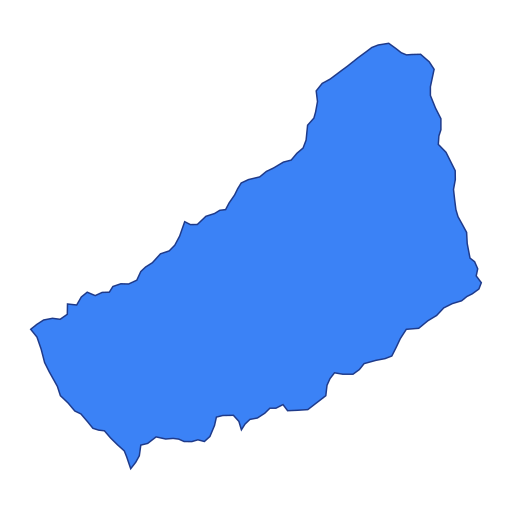 Cabrália Paulista, São Paulo, Brazil (Natural Earth projection)
{"feature_id": "56859067B34183018686620", "entity_name": "Cabrália Paulista", "entity_type": "district", "adm_level": 2, "iso_a3": "BRA", "parent_name": "Brazil", "parent_adm1": "São Paulo", "projection": "natural_earth1", "projection_center": [-49.379, -22.481], "detail": "fine", "context": "isolated", "style": "filled", "palette": "blue", "viewbox_px": 512, "rotation_deg": 0, "n_neighbors": 0, "source": "geoboundaries", "source_scale": "gbopen_adm2", "svg_char_len": 2010}
<svg xmlns="http://www.w3.org/2000/svg" viewBox="0 0 512 512"><path d="M481.3,282.7L476.2,275.9L477.7,268.8L474.6,261.7L470.0,258.1L467.2,243.5L466.6,232.4L462.4,224.6L458.0,216.7L455.9,209.6L454.6,199.3L453.5,189.4L455.3,179.6L455.2,170.7L450.2,160.7L446.0,152.3L438.3,144.4L438.9,135.9L440.9,129.8L440.9,118.7L435.5,108.1L430.4,95.5L430.4,86.7L434.1,69.3L429.2,61.8L420.6,54.3L412.0,54.5L406.5,54.9L401.2,52.7L395.6,48.3L388.7,43.3L378.2,45.0L371.8,47.5L365.6,52.2L358.1,57.7L347.3,66.3L341.7,70.4L330.1,79.1L322.2,83.4L316.2,90.9L317.5,101.6L315.6,112.0L313.9,118.1L307.6,125.2L306.1,140.1L303.1,148.0L296.9,153.3L291.2,160.1L283.4,162.1L273.5,168.0L266.4,171.4L259.7,176.9L248.4,179.6L241.2,183.0L237.7,188.7L234.6,195.0L229.2,202.8L225.6,209.6L219.8,210.3L214.6,213.5L205.9,216.3L197.3,224.5L190.4,224.6L184.7,221.7L182.3,228.5L179.7,236.0L174.8,245.2L169.2,250.9L160.5,253.8L152.4,262.7L145.6,267.0L140.8,271.5L136.8,280.2L128.6,284.0L120.8,283.8L112.9,286.5L109.3,292.2L102.2,292.4L95.2,295.6L87.2,292.2L81.3,297.0L76.7,305.0L67.5,304.0L67.3,314.3L60.1,319.3L52.5,318.3L43.6,320.0L36.8,324.4L30.7,329.3L37.0,337.1L41.2,349.3L44.6,362.5L49.2,371.7L57.4,386.4L60.4,395.7L68.1,403.0L74.8,411.0L80.9,413.9L87.9,422.1L92.9,428.3L98.6,430.1L104.4,430.8L110.6,438.0L117.5,444.8L124.3,450.9L126.7,456.9L130.7,468.7L135.7,462.3L139.3,455.8L140.8,445.1L147.7,443.4L156.1,436.9L165.6,439.0L173.1,438.4L178.7,439.1L184.1,441.5L191.8,441.6L197.9,439.8L204.4,441.5L209.9,436.5L214.5,425.5L216.4,417.1L222.7,415.5L233.4,415.3L238.9,421.4L241.4,429.8L245.0,424.1L249.9,419.4L257.4,418.0L264.8,413.2L269.9,408.2L275.9,408.2L283.0,404.6L287.6,410.7L296.9,410.3L307.8,409.6L325.8,395.7L327.0,385.3L330.0,378.6L334.5,372.8L342.8,374.2L353.0,374.2L359.3,369.6L364.1,363.6L376.1,360.3L385.1,358.6L391.8,356.0L396.1,347.5L400.3,338.6L406.3,329.3L418.7,328.3L427.8,320.8L436.7,315.4L443.7,307.9L452.3,303.6L461.6,300.8L466.9,296.5L472.3,293.8L478.9,289.0L481.3,282.7Z" fill="#3b82f6" stroke="#1e3a8a" stroke-width="1.5"/></svg>